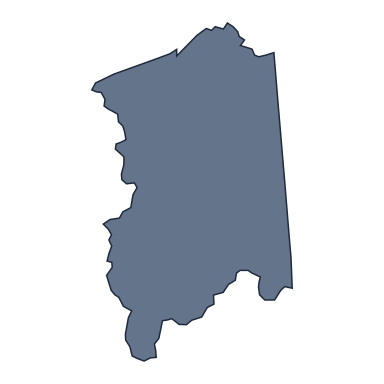 the district of Lagoa do Ouro, Pernambuco, Brazil
{"feature_id": "56859067B65394251684100", "entity_name": "Lagoa do Ouro", "entity_type": "district", "adm_level": 2, "iso_a3": "BRA", "parent_name": "Brazil", "parent_adm1": "Pernambuco", "projection": "robinson", "projection_center": [-36.48, -9.167], "detail": "fine", "context": "isolated", "style": "filled", "palette": "slate", "viewbox_px": 384, "rotation_deg": 0, "n_neighbors": 0, "source": "geoboundaries", "source_scale": "gbopen_adm2", "svg_char_len": 1422}
<svg xmlns="http://www.w3.org/2000/svg" viewBox="0 0 384 384"><path d="M144.1,361.0L150.5,357.9L156.2,357.4L155.7,350.5L154.4,344.0L158.8,338.5L161.0,328.0L162.4,320.7L166.8,320.1L171.8,318.7L179.1,324.4L186.4,324.7L191.6,320.3L201.7,317.0L207.3,307.5L214.0,304.1L213.5,295.1L223.2,292.4L228.5,284.4L235.3,280.3L236.5,273.1L240.1,270.4L248.1,270.4L252.0,273.1L260.4,277.0L259.1,281.7L258.5,287.2L259.6,294.8L264.8,300.0L274.6,300.0L280.7,290.4L284.8,286.6L292.2,288.2L291.0,257.5L289.1,235.6L284.5,179.1L283.5,167.6L277.3,94.3L273.9,52.6L266.0,55.1L258.8,56.8L254.6,55.1L252.0,49.1L240.4,45.5L244.5,40.0L239.2,36.5L237.7,31.6L233.1,26.7L227.4,23.0L223.4,29.0L215.3,26.7L211.5,30.4L206.3,28.5L196.9,35.4L176.7,56.0L176.7,49.4L169.9,53.8L158.3,58.1L114.2,74.0L95.6,82.9L91.8,89.9L96.6,91.9L101.1,92.4L105.0,99.3L104.1,106.1L108.1,108.9L117.7,114.1L118.5,121.8L122.8,126.0L124.5,131.4L126.0,139.6L120.9,142.3L116.1,144.0L115.4,149.1L124.0,156.9L123.8,164.9L121.4,174.2L121.9,179.7L126.5,183.8L134.4,182.9L137.1,187.6L133.0,194.7L131.7,202.4L130.8,207.6L122.9,211.8L119.4,218.1L110.0,219.5L103.3,224.1L108.4,229.3L111.5,234.7L108.9,240.0L111.7,246.0L108.8,254.0L107.1,261.1L111.8,262.4L112.2,267.4L106.6,275.4L108.4,281.4L111.2,290.4L114.9,294.8L118.8,297.3L123.4,306.3L131.7,310.9L128.4,317.7L125.4,334.3L125.7,340.1L129.9,346.7L132.2,356.0L137.3,358.5L144.1,361.0Z" fill="#64748b" stroke="#1e293b" stroke-width="1.5"/></svg>